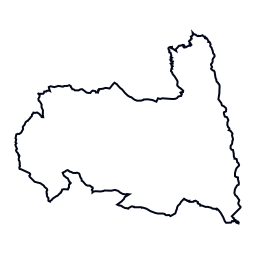 Bala, Mehedinti, Romania (Albers equal-area conic projection)
{"feature_id": "2599482B80855070454238", "entity_name": "Bala", "entity_type": "district", "adm_level": 2, "iso_a3": "ROU", "parent_name": "Romania", "parent_adm1": "Mehedinti", "projection": "albers", "projection_center": [22.826, 44.908], "detail": "fine", "context": "isolated", "style": "outline", "palette": "ink", "viewbox_px": 256, "rotation_deg": 0, "n_neighbors": 0, "source": "geoboundaries", "source_scale": "gbopen_adm2", "svg_char_len": 5741}
<svg xmlns="http://www.w3.org/2000/svg" viewBox="0 0 256 256"><path d="M235.0,176.2L235.0,173.1L235.8,169.9L236.6,168.1L239.0,165.6L239.1,164.9L238.2,162.8L237.3,162.3L236.6,159.0L234.5,158.7L234.6,157.9L233.9,156.8L233.7,153.4L233.0,150.0L231.6,149.7L230.6,148.4L230.6,146.0L231.9,144.1L232.3,142.6L232.3,141.0L232.9,140.1L232.9,138.6L232.0,135.3L232.5,133.6L230.5,130.8L228.8,130.2L229.3,129.6L229.4,128.5L228.8,127.6L228.2,127.3L227.3,125.0L227.5,122.0L228.3,120.4L228.1,119.5L226.9,117.1L224.8,116.6L223.9,113.7L223.9,112.3L226.0,111.4L226.2,109.4L226.0,108.2L223.7,106.1L221.9,105.4L221.3,103.1L218.4,99.2L219.3,93.7L219.6,85.9L219.2,84.4L218.4,83.7L217.8,82.5L216.8,81.8L216.4,80.9L216.3,79.6L215.5,77.8L214.6,71.8L213.8,70.6L213.0,70.5L211.4,69.3L211.1,68.6L212.1,67.1L211.0,64.7L211.0,64.2L212.3,62.7L212.7,61.3L212.6,59.7L212.8,59.0L214.6,56.4L214.4,54.7L213.1,53.2L212.6,50.4L211.9,49.0L211.7,47.9L210.3,46.2L210.2,45.5L210.6,44.3L210.5,43.9L209.5,42.0L208.3,42.0L208.4,40.8L206.6,38.1L206.2,37.9L205.8,38.4L205.4,38.1L205.7,37.6L205.3,37.1L204.9,37.5L204.7,36.6L203.6,36.5L202.5,35.3L200.5,36.0L199.1,36.1L198.6,35.8L197.8,36.1L196.2,35.3L195.6,34.6L194.2,34.4L192.6,32.6L192.8,33.7L192.6,35.3L191.9,36.1L190.9,36.6L191.7,38.6L191.0,38.8L190.6,40.0L189.4,40.6L189.0,41.4L190.5,43.4L189.8,43.9L191.3,45.0L191.1,45.2L190.4,45.1L190.2,45.8L188.7,45.7L185.5,47.4L184.1,47.5L183.5,46.9L184.4,46.5L184.5,45.9L183.8,45.0L182.6,44.9L180.8,45.6L178.9,45.8L177.6,47.5L175.7,49.3L176.2,51.0L172.0,48.2L172.0,47.4L171.1,48.1L170.9,47.8L171.2,47.4L171.1,47.0L170.2,46.9L168.8,47.7L168.4,48.2L168.7,49.7L169.3,50.4L169.5,51.6L169.2,51.8L169.3,52.4L170.6,52.8L171.3,55.5L170.8,56.6L171.8,57.5L170.9,57.7L171.4,58.8L170.7,59.2L171.4,59.6L170.6,60.6L170.9,61.0L172.9,61.5L172.4,62.5L172.6,63.4L171.2,63.2L170.7,63.6L171.6,64.6L171.5,65.1L172.7,66.2L171.8,66.9L172.0,67.4L171.7,68.3L172.1,68.8L171.3,69.1L171.0,71.1L172.1,72.4L172.6,74.0L174.6,76.4L177.3,80.7L177.6,82.1L177.2,85.0L177.5,85.8L179.4,87.7L180.3,88.1L183.2,90.7L183.0,92.0L181.1,92.2L180.5,92.6L180.9,93.0L181.0,93.5L181.9,94.1L181.4,94.9L181.2,95.9L178.3,96.5L177.0,98.1L175.0,98.9L172.1,99.0L162.3,98.3L160.2,99.0L158.0,98.3L156.4,101.7L152.4,100.0L147.6,99.3L143.7,99.5L143.5,99.9L141.2,100.6L137.1,100.7L134.3,99.6L131.3,97.2L129.9,96.9L127.8,95.6L125.1,93.1L122.0,89.3L120.6,88.4L118.1,85.8L117.2,84.5L114.5,82.7L113.0,84.2L109.6,88.5L105.9,87.9L104.3,88.2L103.3,88.7L99.1,89.1L99.2,89.9L98.8,90.4L98.1,90.4L98.3,91.6L97.9,92.6L97.3,92.3L96.0,92.5L95.5,91.2L92.8,90.6L91.8,91.2L90.2,93.0L87.5,92.8L86.5,92.5L82.2,89.2L80.3,89.4L78.6,90.4L74.7,90.3L73.7,89.4L72.2,89.1L71.7,88.0L71.0,87.3L70.9,86.3L69.3,85.2L67.5,85.9L64.1,86.0L63.6,86.5L62.3,86.6L58.6,85.9L54.3,87.1L50.6,86.3L48.8,87.0L49.1,88.6L49.9,90.9L49.1,90.5L46.6,90.9L46.3,91.5L44.3,91.5L43.7,93.3L43.0,93.8L39.0,93.8L37.7,93.2L39.7,95.2L39.5,96.8L38.4,98.7L38.5,99.9L38.8,100.8L39.9,101.6L41.6,104.5L41.5,107.1L43.0,110.5L42.8,112.5L43.0,113.2L42.7,114.0L43.2,117.2L41.9,117.1L42.0,116.7L40.3,115.2L39.7,114.2L37.2,112.5L35.1,112.9L33.4,112.6L32.9,113.8L32.0,114.5L31.8,116.2L30.4,117.5L30.1,118.3L28.3,120.0L28.0,120.7L26.4,121.4L25.4,122.6L24.5,125.0L23.7,125.6L22.8,127.1L23.1,129.1L21.1,132.7L19.2,134.0L17.8,133.8L16.3,134.5L15.6,138.0L15.5,138.4L16.0,138.9L16.2,139.6L15.5,142.4L16.4,143.3L15.4,144.7L15.4,145.1L17.0,148.9L16.5,149.2L16.0,150.5L16.6,151.8L18.1,153.4L18.3,154.4L19.2,155.2L19.3,155.7L18.7,155.8L19.2,157.0L18.7,158.7L18.7,160.0L19.4,161.0L19.8,163.4L19.6,164.7L19.9,165.3L19.9,166.5L19.3,167.2L19.6,168.9L21.4,169.4L29.4,173.1L30.2,174.1L30.1,174.9L29.3,175.8L29.7,176.8L34.7,181.8L40.5,183.3L43.9,185.7L44.6,187.0L46.8,188.7L47.3,190.1L46.5,191.4L46.7,192.1L46.5,193.0L47.1,194.2L46.8,194.9L47.3,196.8L48.4,198.0L48.4,200.6L48.6,201.0L50.0,201.6L50.2,201.0L51.5,200.2L52.9,198.5L56.5,196.1L57.5,195.8L59.5,193.7L60.6,193.0L60.7,192.3L61.1,192.2L61.6,191.4L62.1,189.6L63.9,189.2L68.0,189.4L68.3,188.1L68.9,187.7L69.0,184.8L70.3,183.5L69.9,183.1L70.5,182.8L68.8,180.8L67.9,178.5L66.4,177.7L63.8,175.6L62.7,172.7L65.3,171.4L66.1,170.7L67.8,170.1L69.8,171.7L70.9,171.8L72.9,172.9L75.3,173.0L76.9,172.7L78.9,173.4L79.4,174.0L80.3,177.1L81.4,178.8L81.7,180.0L81.7,180.8L82.9,181.4L85.7,184.7L87.5,185.6L89.8,185.6L91.9,187.2L92.5,187.3L92.8,188.4L91.8,189.9L92.6,190.9L92.5,192.4L93.4,191.7L95.5,191.2L100.4,191.5L103.5,191.0L104.4,190.5L111.4,190.7L114.9,189.9L118.2,190.9L120.1,192.5L122.6,193.9L125.4,194.4L126.9,194.0L129.3,194.3L124.7,197.1L124.0,198.9L121.6,201.4L117.2,204.6L118.9,205.4L121.4,205.8L122.7,206.9L125.3,208.1L126.7,208.1L128.2,208.7L128.4,208.6L128.5,208.1L131.5,206.4L133.9,206.7L134.0,207.1L134.7,207.3L141.1,207.2L141.7,207.8L143.0,207.6L146.6,208.8L150.4,211.1L155.1,212.9L157.8,213.5L162.5,213.5L164.8,214.0L165.2,214.7L166.2,215.2L169.1,215.0L170.5,216.1L175.3,213.4L176.4,210.0L176.7,209.7L177.2,207.2L178.2,205.4L179.8,204.1L181.0,201.9L184.1,198.7L184.6,198.9L185.3,199.9L186.5,200.0L187.1,200.8L188.8,200.8L188.4,201.3L189.5,201.9L193.5,201.8L193.9,201.1L195.5,200.7L198.0,202.2L197.8,203.4L200.2,204.5L200.3,205.7L201.9,205.5L205.5,206.9L208.0,206.9L211.4,207.8L212.4,208.6L216.0,208.9L216.2,209.3L216.8,209.7L217.0,209.6L216.6,209.1L216.9,208.7L218.3,209.8L220.8,213.0L223.2,217.2L224.8,221.2L226.1,222.8L231.0,222.6L232.1,221.0L233.6,221.4L234.9,220.9L235.5,221.2L236.4,222.7L238.5,223.4L238.7,222.5L237.8,221.4L236.3,221.4L235.6,220.0L234.1,219.5L233.9,218.2L232.8,217.7L232.3,216.5L231.9,216.2L240.2,207.9L240.6,207.0L238.8,204.9L238.2,203.4L239.3,200.2L236.8,196.4L235.3,195.3L234.4,193.1L234.9,189.4L235.6,187.9L237.1,185.4L238.6,184.8L238.8,184.2L238.8,182.4L237.9,179.1L238.0,177.5L235.9,176.9L235.0,176.2Z" fill="none" stroke="#020617" stroke-width="2"/></svg>